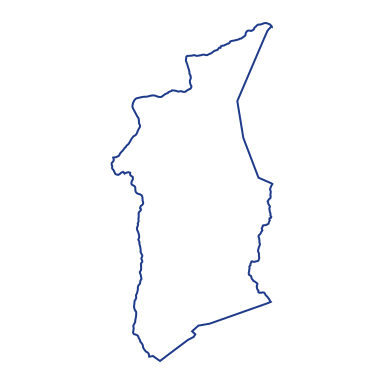 Curaçá, Bahia, Brazil
{"feature_id": "56859067B18478691888901", "entity_name": "Curaçá", "entity_type": "district", "adm_level": 2, "iso_a3": "BRA", "parent_name": "Brazil", "parent_adm1": "Bahia", "projection": "orthographic", "projection_center": [-39.681, -9.188], "detail": "fine", "context": "isolated", "style": "outline", "palette": "blue", "viewbox_px": 384, "rotation_deg": 0, "n_neighbors": 0, "source": "geoboundaries", "source_scale": "gbopen_adm2", "svg_char_len": 6009}
<svg xmlns="http://www.w3.org/2000/svg" viewBox="0 0 384 384"><path d="M241.3,38.5L239.5,38.8L238.8,39.4L234.4,40.5L231.4,41.0L230.2,41.5L229.8,42.5L229.1,43.1L228.5,43.6L227.5,43.7L226.3,44.4L223.6,45.6L222.3,45.7L220.9,46.3L220.5,47.8L219.7,47.6L218.9,48.0L218.0,49.2L217.5,49.8L215.4,50.6L214.6,50.7L211.5,53.0L210.9,53.5L209.6,53.8L208.2,54.6L207.1,55.1L206.0,55.1L203.9,54.6L202.2,54.8L201.1,55.2L198.8,55.6L196.6,55.9L194.2,55.1L191.5,55.7L187.9,55.9L187.1,56.0L186.4,56.6L185.9,60.0L186.0,61.1L187.3,64.4L187.8,66.4L188.7,69.1L189.4,71.9L189.5,73.7L189.8,74.5L190.6,75.6L190.5,76.5L190.9,77.8L189.9,80.6L189.9,81.8L190.1,83.1L190.6,84.8L191.4,86.1L191.4,86.9L190.8,88.3L190.3,88.8L189.3,89.1L188.5,89.6L186.6,90.7L185.7,91.6L184.1,91.9L182.9,91.8L181.6,91.3L180.7,91.2L179.9,91.3L178.7,91.6L176.5,91.0L174.3,90.5L171.9,90.4L171.4,91.0L168.5,92.1L168.0,92.9L165.0,94.2L161.6,96.8L160.6,97.0L159.1,96.9L157.8,96.7L155.0,95.6L153.3,95.4L151.0,95.6L147.3,96.6L142.7,96.9L136.6,98.3L135.7,98.8L135.1,99.3L134.3,100.4L133.1,102.7L132.6,105.0L132.5,105.8L132.5,107.0L133.0,108.4L137.3,116.5L138.5,118.2L138.9,120.2L139.0,123.2L140.0,125.4L140.0,126.4L139.8,127.1L138.4,129.5L137.7,131.1L136.8,133.4L135.8,134.9L135.1,135.4L133.5,136.3L131.6,138.7L129.8,142.0L128.6,143.9L126.4,145.8L126.0,146.8L124.8,147.8L123.1,150.1L120.8,152.6L119.9,153.8L119.2,155.4L118.5,156.0L116.0,157.2L114.3,157.4L113.2,157.6L113.7,159.3L113.7,160.6L113.2,161.3L112.5,162.2L111.8,162.9L111.6,164.0L111.7,164.9L112.2,165.9L112.1,168.1L112.4,168.8L112.9,169.5L113.7,170.3L114.1,171.6L114.6,172.3L115.0,173.2L115.4,174.0L116.3,174.5L117.5,174.6L118.2,174.9L119.1,174.4L120.0,173.8L120.7,173.1L121.6,172.5L122.5,172.1L123.2,171.9L123.9,172.6L124.5,173.6L125.9,172.9L127.1,172.5L128.1,172.2L129.0,172.3L130.2,172.8L130.1,173.9L130.2,174.9L130.7,175.6L131.4,176.0L132.1,176.5L132.8,177.0L132.9,179.0L132.7,179.7L131.8,181.0L131.7,181.8L131.3,183.1L131.6,184.2L132.3,185.0L134.4,186.0L135.0,186.9L135.3,187.7L135.3,189.5L135.5,190.9L135.7,191.8L136.2,192.5L137.2,193.4L138.3,193.9L139.8,194.3L141.2,194.9L141.7,195.5L142.1,196.2L142.5,197.9L142.5,199.5L142.6,200.5L143.2,202.7L143.1,203.5L142.7,204.4L141.8,205.3L140.8,206.0L140.4,207.1L140.0,208.1L140.4,208.7L141.0,209.2L140.7,210.4L140.1,211.1L139.5,211.6L138.7,212.7L138.6,213.9L138.7,215.0L138.7,216.0L138.7,217.2L138.4,218.8L138.5,219.9L138.6,221.1L138.3,222.3L137.7,223.4L138.0,224.4L137.8,225.4L137.6,226.2L137.2,227.2L136.9,228.0L137.0,229.1L137.2,230.1L137.7,231.1L138.3,232.5L138.5,233.6L139.0,234.8L139.1,236.0L139.2,237.0L138.9,238.2L138.3,239.6L138.7,240.5L139.1,241.2L139.5,242.5L139.4,243.8L140.1,246.4L140.4,247.9L140.6,249.4L140.7,250.8L140.5,251.8L141.0,252.7L141.3,253.7L142.3,255.3L142.2,256.5L141.8,257.4L141.4,258.1L141.4,259.1L142.0,260.1L142.2,260.8L142.3,261.8L141.2,263.2L140.9,264.0L141.1,265.3L141.1,267.5L141.2,268.6L140.9,270.2L140.4,271.1L139.8,272.0L140.0,273.2L140.6,274.4L141.0,276.4L141.2,277.4L141.4,278.4L141.4,279.2L140.8,279.9L140.3,280.9L140.3,281.9L140.1,282.8L139.8,283.8L139.4,284.5L138.6,285.2L138.1,286.3L137.9,287.1L137.8,288.2L137.9,289.2L137.7,290.3L137.2,292.3L136.9,293.4L136.4,294.3L136.0,295.3L136.0,296.1L136.2,297.1L136.1,298.2L135.8,298.9L135.5,299.6L134.7,300.5L134.5,301.8L134.3,304.4L134.1,305.5L134.1,307.3L134.3,308.3L134.5,309.1L135.4,310.9L136.0,311.5L136.2,312.6L136.2,314.1L136.1,315.4L136.0,316.7L135.7,318.2L135.2,320.6L135.3,321.7L134.7,322.9L134.2,324.1L133.7,325.0L133.3,326.0L133.5,327.4L133.7,328.7L133.4,330.1L133.3,331.4L133.0,332.3L133.3,333.2L134.0,334.2L134.9,334.3L135.7,334.6L137.0,335.2L138.0,336.0L138.4,336.9L138.6,337.6L139.0,338.5L139.7,339.6L140.2,340.6L140.2,341.6L141.1,342.6L141.8,343.4L142.6,344.8L142.9,345.8L143.0,346.5L143.1,347.5L143.8,348.7L144.4,349.7L145.1,350.5L145.8,351.5L147.5,352.4L148.3,353.2L148.9,354.3L148.9,355.1L149.2,356.7L151.4,356.3L152.9,356.0L160.0,361.0L167.7,355.1L187.8,340.0L193.7,336.9L195.3,334.2L192.1,331.3L198.4,325.6L209.6,323.7L268.2,303.0L270.8,301.8L270.1,301.0L269.7,300.3L269.3,299.5L268.7,298.6L268.1,297.9L267.5,296.9L266.0,295.5L265.3,294.5L264.7,293.3L263.9,292.5L263.0,292.5L262.1,292.4L261.2,292.8L260.4,292.6L259.4,292.8L258.4,292.2L258.4,290.5L257.7,289.9L257.1,288.7L256.8,287.6L257.0,286.6L256.7,286.0L257.0,285.3L257.3,284.6L257.4,283.6L255.3,281.9L254.3,281.3L253.5,281.0L252.8,279.9L251.8,278.8L251.6,278.0L251.3,277.1L251.1,276.2L250.4,275.5L249.5,275.2L248.8,274.3L248.8,272.2L249.2,271.0L249.2,269.5L249.5,268.8L249.6,268.1L249.3,266.9L249.8,265.8L250.4,265.3L250.4,264.4L250.6,263.4L251.1,262.7L251.3,261.7L251.9,261.3L253.9,261.9L255.2,261.6L256.4,261.3L257.6,261.1L258.3,260.6L258.7,259.9L259.3,257.8L259.0,256.6L258.9,255.5L259.0,254.3L258.9,253.2L258.1,251.5L258.0,250.6L258.5,248.8L258.7,247.7L259.5,245.8L259.8,244.8L259.9,243.9L259.6,243.2L259.4,242.4L259.5,241.2L259.4,240.1L259.2,239.3L259.2,238.5L259.0,237.8L258.6,237.1L258.5,236.1L258.9,235.2L259.9,234.4L260.4,233.7L260.9,232.9L261.4,231.6L262.4,230.5L261.7,228.4L262.2,227.5L262.7,226.6L262.7,225.8L263.3,225.3L265.3,225.2L266.5,224.8L268.5,223.7L268.8,222.6L269.3,221.3L269.8,220.5L269.3,219.3L269.6,218.2L270.3,218.0L271.0,217.7L271.3,216.9L270.5,215.7L270.5,214.3L270.4,213.2L270.0,212.2L269.7,211.3L269.7,210.2L269.3,209.1L269.4,208.0L269.8,207.2L269.9,206.3L269.3,205.5L268.7,204.5L268.3,203.6L268.0,202.4L267.6,201.3L268.2,200.7L268.7,199.5L270.2,198.3L270.6,197.6L270.6,195.8L270.3,195.0L270.6,193.6L270.7,192.4L270.7,191.3L270.4,190.3L270.0,189.6L270.2,188.7L270.7,187.2L271.2,186.2L271.7,185.1L272.4,184.0L271.6,183.4L258.5,177.7L243.3,137.8L237.3,101.1L263.6,39.6L267.5,30.7L268.0,30.2L268.4,29.5L269.0,28.9L269.8,28.3L270.5,27.3L271.1,26.7L271.8,26.9L271.7,26.2L270.7,25.2L269.7,24.3L267.3,23.4L265.8,23.0L264.1,23.2L260.6,24.5L258.5,24.5L256.9,25.4L255.9,26.5L254.3,27.9L254.0,29.1L253.6,29.7L252.5,30.2L251.6,30.9L250.7,30.9L249.3,30.5L247.4,30.8L246.1,32.3L245.7,33.2L245.5,35.0L245.1,35.7L242.6,37.5L241.3,38.5Z" fill="none" stroke="#1e3a8a" stroke-width="2"/></svg>